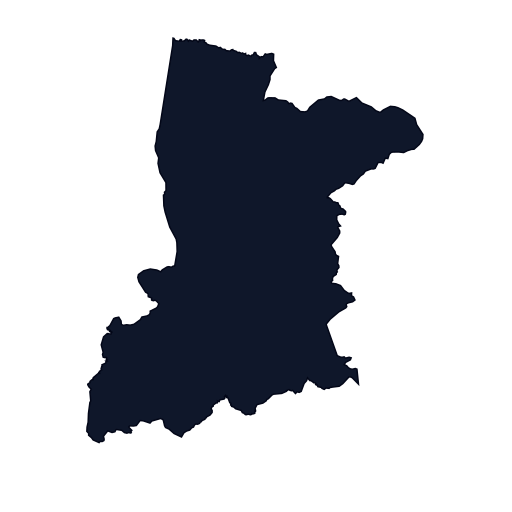 the district of Wang Saphung, Loei, Thailand, rotated 98°
{"feature_id": "78962969B13913499788092", "entity_name": "Wang Saphung", "entity_type": "district", "adm_level": 2, "iso_a3": "THA", "parent_name": "Thailand", "parent_adm1": "Loei", "projection": "natural_earth1", "projection_center": [101.796, 17.291], "detail": "fine", "context": "isolated", "style": "filled", "palette": "ink", "viewbox_px": 512, "rotation_deg": 98, "n_neighbors": 0, "source": "geoboundaries", "source_scale": "gbopen_adm2", "svg_char_len": 6069}
<svg xmlns="http://www.w3.org/2000/svg" viewBox="0 0 512 512"><g transform="rotate(98 256 256)"><path d="M51.8,368.5L59.3,367.8L139.2,369.2L143.5,369.5L146.8,371.1L156.6,370.7L161.1,371.2L165.6,370.1L172.3,366.0L177.9,365.9L186.9,362.6L195.8,355.4L203.8,354.2L205.6,355.5L207.6,355.0L208.6,356.1L219.2,354.2L225.1,352.1L239.4,345.4L250.3,337.4L253.8,336.2L262.6,334.7L276.5,335.1L277.4,335.2L277.5,336.6L278.9,338.2L278.7,340.8L279.2,342.5L282.8,346.9L284.9,348.2L283.7,352.2L283.6,358.9L286.3,365.2L290.7,369.8L293.6,370.1L297.8,368.3L307.2,360.3L308.2,357.7L311.3,357.0L312.1,353.5L314.1,353.3L314.4,352.8L314.5,351.1L313.9,350.2L314.2,348.5L316.7,345.6L320.0,346.4L321.4,347.4L325.3,353.1L327.3,352.8L329.0,353.5L330.5,355.5L332.3,360.5L335.1,361.6L340.6,367.3L342.0,371.0L342.1,374.6L343.1,377.6L342.9,378.8L342.2,379.9L339.1,380.6L335.7,383.4L336.9,386.8L337.8,388.2L345.3,391.0L348.1,393.6L349.6,392.8L349.7,391.9L348.6,392.6L349.9,390.2L350.3,390.8L351.0,390.5L350.5,389.9L351.4,389.3L351.1,388.4L351.5,388.1L352.3,388.9L353.2,388.6L353.7,389.5L353.4,391.6L354.0,392.1L353.6,392.6L357.3,395.7L365.5,396.9L372.7,393.9L374.8,394.3L377.5,393.2L377.7,391.2L377.1,390.5L377.6,389.6L379.0,389.7L379.4,389.0L379.8,389.6L380.5,389.1L380.4,389.8L380.8,389.2L381.0,390.1L381.4,389.7L383.0,390.0L385.2,393.4L386.8,392.9L386.9,393.4L389.4,393.7L390.3,393.0L392.0,394.9L392.5,394.7L393.2,395.4L394.0,394.7L394.2,395.8L399.1,400.2L400.7,400.0L400.7,400.5L401.2,400.4L401.5,401.4L403.3,402.9L404.4,402.7L406.2,404.7L406.9,404.7L409.0,403.1L410.8,400.6L413.5,401.6L422.5,399.5L424.2,400.1L435.2,400.0L444.0,399.1L448.9,399.5L453.2,399.1L454.9,397.0L456.8,396.8L458.8,393.6L460.8,391.7L462.6,385.4L461.5,384.9L461.0,382.3L459.9,380.9L458.5,380.9L455.7,382.0L449.8,378.5L450.8,374.0L449.7,371.3L447.5,370.5L447.2,369.9L447.3,364.7L449.2,361.7L449.4,359.2L448.6,357.6L448.7,355.3L447.7,354.9L446.8,355.9L445.9,354.8L443.4,358.0L442.4,358.0L441.7,356.9L441.4,353.7L440.5,350.9L435.1,347.9L434.9,344.8L436.2,337.7L433.9,336.2L430.2,327.9L430.8,325.7L431.6,324.9L436.8,322.9L438.4,321.7L439.5,318.0L443.2,312.4L445.6,304.6L441.1,302.8L439.0,300.4L437.6,297.4L435.1,295.8L434.1,294.1L431.9,293.4L430.8,292.3L430.7,290.4L429.6,288.6L428.2,288.1L427.7,287.1L426.5,286.6L424.8,283.9L424.1,284.0L423.0,282.7L422.3,282.7L419.9,279.4L417.1,277.7L415.2,277.9L413.5,279.2L411.5,278.6L410.7,277.5L409.5,277.6L407.0,275.0L406.9,274.0L405.8,273.6L404.8,274.0L405.2,272.2L403.5,271.8L402.1,267.7L401.0,267.1L399.5,267.7L398.3,266.8L399.2,266.5L398.8,265.6L399.5,265.7L399.8,264.7L400.3,265.1L400.5,263.9L405.0,261.5L405.4,260.3L407.1,260.3L407.4,259.5L408.3,259.2L408.7,256.9L410.1,254.9L411.0,249.2L413.1,247.6L413.0,246.8L414.4,244.6L414.6,243.8L413.7,241.6L414.0,239.5L413.4,238.2L412.6,238.2L412.7,236.8L412.0,235.4L410.8,235.7L410.3,235.1L409.7,235.6L409.3,234.9L406.9,235.7L403.0,234.3L400.7,228.7L397.9,225.7L396.6,225.4L395.7,224.0L391.4,220.8L390.4,219.4L388.5,211.4L385.8,207.1L385.1,207.3L384.7,206.0L383.9,205.5L383.7,204.2L384.3,203.8L384.5,202.0L384.0,201.0L386.7,197.8L384.8,196.4L385.0,194.2L383.8,192.4L375.5,190.6L372.5,188.6L369.5,188.0L371.9,185.3L371.8,184.1L373.6,180.9L373.3,179.8L374.1,178.9L374.9,179.1L375.2,178.6L374.8,178.4L374.9,177.8L376.8,176.5L377.0,173.2L377.9,172.2L378.6,169.9L377.0,168.3L376.9,165.2L376.1,164.7L375.3,162.5L373.4,155.5L370.3,152.3L362.8,147.1L362.6,145.3L363.2,143.7L368.6,136.7L354.0,140.3L353.6,142.0L354.7,144.7L354.7,146.7L353.8,149.0L352.1,150.9L351.3,153.5L348.9,152.5L345.7,148.1L343.6,147.6L343.3,149.7L344.7,153.2L343.6,154.7L344.2,156.1L344.4,158.0L343.4,161.7L314.4,176.8L313.5,176.9L308.2,173.7L299.8,166.2L294.9,159.9L293.5,159.1L291.5,160.0L290.6,159.6L289.5,158.0L287.9,154.0L285.8,151.9L283.0,153.7L282.1,155.9L279.3,156.2L280.1,158.6L279.8,160.0L277.8,163.9L273.5,168.2L272.4,173.0L272.5,177.2L271.2,178.1L269.4,176.7L268.0,177.2L265.6,176.8L263.1,174.0L261.6,174.1L260.4,173.3L259.8,173.9L258.1,173.7L255.9,172.3L254.2,172.6L252.2,174.1L244.9,174.2L244.2,176.4L243.0,177.6L240.8,178.3L236.3,182.3L234.5,183.3L226.4,178.1L221.6,176.3L219.6,176.6L216.4,179.0L215.7,178.9L214.5,176.5L212.7,178.6L209.0,181.1L204.9,181.6L203.2,179.4L202.5,176.4L202.9,174.4L202.2,173.4L200.3,173.3L199.4,173.5L197.3,176.4L197.2,178.2L196.0,179.4L194.9,179.7L194.1,181.1L191.9,182.3L192.0,184.3L191.5,185.5L191.9,186.8L188.8,190.5L188.2,191.9L188.4,193.5L187.7,193.6L183.0,190.7L180.5,187.4L178.7,186.0L177.5,183.6L174.4,180.0L171.4,178.4L171.0,177.1L171.1,173.8L171.7,170.5L171.0,169.0L167.3,167.2L162.1,163.7L159.8,161.1L156.8,159.6L153.7,154.1L153.4,151.6L152.6,150.2L146.4,148.1L145.9,144.8L146.4,143.1L141.1,141.6L141.2,139.0L136.7,138.2L134.6,136.5L134.0,135.0L133.1,128.8L133.0,124.2L130.6,120.7L128.7,116.7L128.3,114.4L122.8,109.8L119.4,108.0L116.7,107.3L112.4,107.6L103.6,115.2L97.5,117.8L91.0,131.0L89.4,136.1L88.9,139.2L89.1,143.7L93.6,150.2L96.3,152.7L96.5,153.4L95.5,157.5L92.3,162.6L89.8,172.4L85.2,178.6L89.9,185.5L88.2,190.0L88.4,191.1L89.9,192.5L90.3,194.7L87.6,203.7L88.7,208.0L90.9,210.0L92.9,215.9L101.2,223.4L105.3,225.2L106.5,227.6L106.8,232.2L104.1,236.2L103.6,238.1L99.9,241.6L99.8,243.2L100.6,244.7L99.1,246.0L98.1,248.0L98.4,255.6L96.8,259.1L97.5,265.1L98.0,266.5L100.3,268.5L101.1,270.4L92.3,270.0L84.6,267.6L79.4,266.7L75.7,267.2L67.8,263.6L66.5,262.1L60.2,265.9L53.7,266.6L53.2,268.6L54.9,273.4L54.6,275.0L57.7,276.6L57.9,278.7L59.8,280.2L58.2,280.5L56.6,283.6L54.6,284.6L54.7,285.9L57.1,286.7L57.8,288.3L59.0,288.6L58.1,291.6L58.9,292.8L58.1,294.3L56.9,294.5L57.5,295.7L57.5,296.6L56.8,297.4L57.4,298.7L56.6,301.1L57.2,302.3L56.1,304.0L55.5,307.4L54.8,307.7L55.3,309.1L56.7,310.2L56.8,314.1L55.7,315.6L56.0,317.9L54.4,320.4L55.1,321.9L53.7,324.9L53.7,331.3L53.0,334.1L51.9,335.1L51.4,337.0L49.7,336.9L49.4,337.9L49.6,339.7L50.4,341.0L49.7,341.5L49.7,342.3L51.5,342.5L52.1,343.1L50.4,345.2L50.7,347.5L52.2,348.8L51.4,352.2L52.7,352.9L51.0,354.5L51.0,355.4L52.9,356.9L53.5,358.7L53.6,360.1L52.3,359.9L52.2,361.1L54.0,361.9L54.0,365.7L51.9,367.6L51.8,368.5Z" fill="#0f172a" stroke="#020617" stroke-width="1.5"/></g></svg>